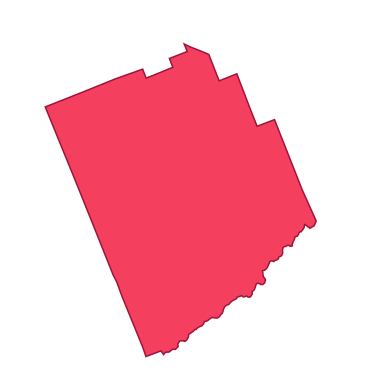 the district of Tulare, California, United States of America, rotated 68°
{"feature_id": "52423323B44496470224494", "entity_name": "Tulare", "entity_type": "district", "adm_level": 2, "iso_a3": "USA", "parent_name": "United States of America", "parent_adm1": "California", "projection": "mercator", "projection_center": [-118.363, 36.267], "detail": "fine", "context": "isolated", "style": "filled", "palette": "rose", "viewbox_px": 384, "rotation_deg": 68, "n_neighbors": 0, "source": "geoboundaries", "source_scale": "gbopen_adm2", "svg_char_len": 1790}
<svg xmlns="http://www.w3.org/2000/svg" viewBox="0 0 384 384"><g transform="rotate(68 192 192)"><path d="M265.3,87.7L231.1,89.0L155.8,88.4L155.4,107.0L137.2,106.9L122.0,106.6L99.2,106.2L99.1,125.2L70.7,124.9L66.6,129.0L56.7,139.4L51.9,143.8L60.0,143.8L59.7,162.9L69.2,163.1L69.3,185.6L69.2,191.9L59.6,191.7L58.4,220.5L58.4,239.4L58.4,258.4L58.1,296.2L143.4,295.9L187.3,296.0L239.5,296.2L246.9,295.5L262.6,296.0L294.3,295.9L316.8,295.8L327.3,296.3L327.7,280.3L332.1,279.3L330.7,276.6L331.8,273.1L330.5,268.8L331.7,266.4L330.1,262.7L327.5,262.1L325.5,259.0L326.9,255.3L327.3,255.3L327.8,254.7L327.5,252.7L325.1,249.6L322.8,248.5L322.4,246.2L321.8,244.0L321.7,242.9L320.6,241.0L321.0,239.7L320.2,238.2L319.7,235.5L319.8,233.2L318.6,230.7L316.9,229.2L317.2,225.9L316.2,222.5L315.8,220.3L317.2,218.3L318.3,215.9L318.1,213.8L316.9,211.9L315.7,209.2L314.1,207.9L312.4,206.5L310.8,205.0L309.8,202.1L310.1,200.1L308.8,197.9L308.0,195.4L307.6,191.0L306.3,189.0L306.7,187.2L306.6,184.9L308.6,183.6L308.9,180.3L310.3,179.5L311.2,177.8L310.8,176.5L309.2,174.4L307.0,173.5L305.9,170.7L303.6,168.7L301.6,167.1L301.1,165.8L302.1,163.8L303.6,162.9L304.3,160.9L303.5,158.6L302.0,157.7L301.3,156.8L299.4,156.8L298.0,157.4L295.6,157.3L292.9,156.4L291.4,156.2L291.4,155.2L291.8,154.0L290.9,151.5L289.1,149.3L287.2,147.3L285.6,145.8L285.6,143.8L287.1,142.3L286.6,140.5L286.7,138.5L286.2,136.6L285.1,136.3L284.6,135.2L284.9,134.0L284.4,132.6L282.5,130.7L280.1,130.0L277.5,128.4L277.2,126.8L277.6,125.5L277.2,124.1L277.8,122.1L279.1,121.4L279.6,119.1L278.1,118.8L276.1,116.9L274.4,114.9L272.2,113.3L272.4,110.8L271.0,109.0L270.0,108.1L269.3,106.8L269.6,106.2L269.8,105.9L268.6,103.6L266.8,101.3L264.4,99.8L264.3,99.4L269.8,96.3L269.0,91.2L265.3,87.7Z" fill="#f43f5e" stroke="#9f1239" stroke-width="1.5"/></g></svg>